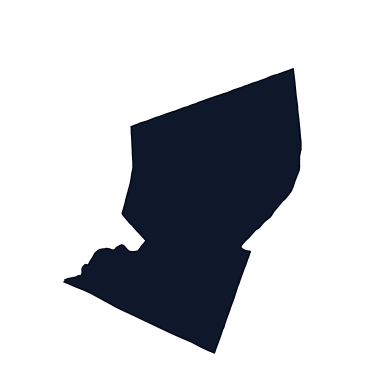 Saphan Sung, Bangkok Metropolis, Thailand, rotated 17°
{"feature_id": "78962969B37896231251268", "entity_name": "Saphan Sung", "entity_type": "district", "adm_level": 2, "iso_a3": "THA", "parent_name": "Thailand", "parent_adm1": "Bangkok Metropolis", "projection": "equal_earth", "projection_center": [100.689, 13.765], "detail": "fine", "context": "isolated", "style": "filled", "palette": "ink", "viewbox_px": 384, "rotation_deg": 17, "n_neighbors": 0, "source": "geoboundaries", "source_scale": "gbopen_adm2", "svg_char_len": 5986}
<svg xmlns="http://www.w3.org/2000/svg" viewBox="0 0 384 384"><g transform="rotate(17 192 192)"><path d="M96.3,313.0L96.6,313.5L96.4,314.5L96.0,315.3L101.9,315.9L109.4,316.7L117.2,317.3L121.6,317.9L124.5,318.3L136.5,320.7L140.0,321.5L147.2,322.9L151.5,323.9L152.6,324.1L157.0,324.8L158.8,325.1L163.2,325.7L165.2,326.0L168.0,326.4L172.5,327.0L175.2,327.4L180.3,328.2L214.4,333.2L236.3,335.7L244.3,337.3L253.1,338.6L260.4,339.3L260.5,337.4L260.5,335.8L260.6,334.1L260.7,332.5L260.8,330.2L261.0,328.2L261.1,325.2L261.2,323.5L261.3,321.9L261.3,320.7L261.4,319.2L261.4,318.3L261.4,316.3L261.4,315.2L261.5,314.2L261.7,313.7L261.9,312.5L261.9,311.8L261.8,308.2L261.9,306.1L261.9,304.1L262.2,299.7L262.2,298.6L262.3,298.3L262.5,293.2L262.5,290.9L262.5,290.5L262.7,288.2L262.8,286.8L262.8,286.1L262.9,285.2L262.9,284.7L263.0,282.4L263.1,280.1L263.1,276.6L263.2,272.2L263.2,271.2L263.1,270.5L263.2,269.6L263.3,267.9L263.5,266.2L263.6,263.3L263.6,261.6L263.8,257.3L264.0,254.0L264.2,249.3L264.5,246.5L264.7,242.3L264.7,241.1L264.8,239.2L265.0,238.0L265.0,237.0L265.0,235.5L265.0,233.5L265.1,232.8L265.3,232.3L265.1,231.9L264.1,231.9L262.8,232.2L261.3,232.3L260.3,232.5L259.6,232.3L259.2,232.2L256.8,231.8L256.4,231.6L255.8,231.2L255.4,231.0L254.5,230.8L254.4,230.7L254.5,230.2L254.8,228.8L255.1,227.8L256.1,225.5L256.4,225.0L256.5,224.6L257.7,222.2L258.8,220.4L260.1,218.0L260.8,216.2L261.6,214.5L262.3,213.0L262.5,212.6L263.2,211.0L264.2,209.3L265.0,208.3L265.7,207.6L266.1,207.1L266.4,206.6L266.7,206.1L267.2,205.3L267.4,204.7L267.6,204.1L268.3,202.5L269.7,199.5L270.4,198.3L270.9,197.6L271.6,196.5L272.2,195.8L272.8,194.9L273.1,194.4L274.1,192.9L274.2,192.6L274.5,191.7L274.9,190.6L275.2,189.1L275.3,188.8L275.6,187.8L276.1,186.3L276.2,186.0L276.3,185.6L276.6,185.0L277.0,184.2L278.7,180.2L279.4,178.6L279.8,177.4L280.0,176.9L280.4,175.9L280.9,174.8L281.3,174.0L282.5,172.2L282.8,171.6L283.3,170.7L283.6,169.8L283.9,169.0L284.0,168.8L285.4,165.3L286.0,163.9L286.5,162.2L286.8,160.1L286.9,158.7L287.1,156.2L287.1,153.7L287.1,152.0L287.7,144.0L287.8,143.6L287.9,142.2L288.0,139.6L287.7,137.9L287.2,136.1L287.1,135.8L287.2,135.7L287.0,135.1L286.4,133.6L286.3,133.3L285.1,129.0L284.6,127.8L284.3,126.5L284.2,125.3L284.1,124.2L283.9,122.8L283.9,122.4L283.8,122.1L283.8,121.6L283.7,120.4L283.8,119.3L283.2,118.2L282.7,116.0L281.4,112.1L279.4,107.4L277.3,102.1L273.6,93.3L272.4,90.4L271.8,89.1L271.1,87.5L270.3,85.7L270.2,85.4L269.2,83.1L268.7,82.0L268.3,80.7L268.1,80.2L267.5,78.6L266.9,77.2L266.2,75.7L265.7,74.7L265.4,74.0L263.3,69.4L261.9,66.1L261.1,64.1L258.0,56.6L252.7,44.7L251.6,45.5L249.0,47.6L248.5,47.9L238.9,55.0L237.1,56.1L235.9,56.8L235.0,57.6L234.1,58.2L233.5,58.6L232.1,59.8L230.5,61.2L229.6,62.1L227.8,63.5L226.4,64.4L224.9,65.6L221.8,67.9L219.6,69.4L219.4,69.5L218.2,70.3L215.1,72.8L212.9,74.4L211.5,75.4L209.6,77.0L208.3,78.0L206.8,78.9L205.9,79.7L204.6,80.5L203.8,81.2L202.5,81.9L202.1,82.3L201.8,82.5L201.6,82.7L200.9,83.3L200.6,83.5L200.2,83.9L199.8,84.3L199.6,84.5L198.2,85.4L198.0,85.8L197.8,86.0L195.8,87.4L193.2,89.1L191.8,90.1L191.0,90.7L189.9,91.6L188.8,92.3L187.2,93.4L184.9,95.1L180.7,98.1L178.3,100.0L177.5,100.6L177.2,100.9L176.9,101.0L175.8,101.8L174.9,102.5L174.5,102.8L173.5,103.5L172.0,104.6L170.9,105.6L170.7,105.8L170.2,106.3L169.6,106.8L169.0,107.1L167.8,107.9L165.6,109.5L163.9,111.0L162.3,112.2L161.3,112.8L160.3,113.4L160.0,113.5L157.0,115.9L155.2,117.3L154.5,118.0L154.0,118.2L153.2,118.9L152.5,119.4L151.9,119.9L149.7,121.3L143.6,125.7L137.9,130.1L137.7,130.2L137.3,130.4L135.6,131.5L127.2,138.2L127.0,138.3L125.2,139.4L123.4,140.5L122.0,141.6L120.5,142.9L117.6,145.1L115.8,146.5L114.7,147.4L115.1,148.2L115.3,148.6L116.1,151.1L116.6,152.5L116.9,153.7L117.8,155.6L118.5,157.6L119.9,161.4L121.2,165.2L122.2,167.8L122.8,169.5L123.6,172.0L126.9,180.8L128.1,184.7L128.6,186.2L128.6,186.6L128.9,188.3L129.1,191.5L129.6,194.7L129.8,195.9L129.9,196.8L130.1,197.8L130.2,198.1L130.2,198.5L130.2,199.1L130.2,199.4L130.2,199.8L130.3,200.0L130.4,200.3L130.5,201.3L130.6,204.4L130.6,204.6L130.7,208.4L130.7,208.9L130.7,209.3L130.8,209.7L130.8,210.1L130.9,210.4L130.8,211.0L130.8,211.5L130.8,212.4L130.9,213.1L130.9,213.5L130.9,215.7L131.0,217.1L131.0,218.5L131.1,219.4L131.3,221.0L131.4,226.0L131.5,228.1L131.5,230.4L131.5,232.2L131.5,232.5L131.7,232.9L131.9,233.3L132.1,233.5L133.7,234.8L136.1,236.3L139.1,238.2L140.2,239.0L140.8,239.4L141.1,239.6L141.5,239.8L142.2,240.2L142.9,240.6L144.2,241.1L145.2,241.7L146.9,242.8L149.2,244.2L149.8,244.6L151.5,245.6L153.9,246.9L155.9,248.1L156.2,248.3L157.2,248.9L157.9,249.2L158.5,249.6L159.5,250.2L160.6,250.9L161.9,251.5L162.2,251.6L161.8,253.5L161.3,254.7L160.5,256.5L159.8,257.9L159.4,259.2L159.2,260.2L158.4,262.2L158.0,263.4L157.5,264.1L157.1,264.5L156.0,265.2L155.0,265.6L154.1,266.1L153.0,266.5L152.4,266.7L151.9,266.7L151.7,266.7L151.5,266.8L151.1,267.0L150.7,267.0L149.3,267.1L148.7,266.9L147.1,266.2L146.4,265.8L145.1,265.0L143.8,264.2L143.3,263.9L142.5,263.5L142.0,263.2L141.5,263.1L141.3,263.1L141.0,263.1L140.7,263.1L140.1,263.3L139.5,263.7L138.9,264.2L138.7,264.4L138.5,264.7L136.8,266.5L136.1,267.4L136.0,267.6L135.8,267.7L135.7,268.3L135.4,269.1L134.8,269.9L134.3,270.3L133.6,270.7L133.3,270.7L132.8,270.8L132.3,270.8L130.4,270.7L129.0,270.7L127.6,270.9L126.4,271.1L125.8,271.6L125.6,271.8L124.9,272.1L123.6,272.6L120.8,274.0L120.4,274.2L120.1,274.5L119.3,275.5L119.1,275.8L118.5,276.9L118.0,277.6L117.5,278.3L117.2,279.0L117.0,279.5L116.7,281.1L116.4,282.8L116.1,283.9L115.6,285.9L115.0,287.8L114.8,288.6L114.6,290.2L114.5,290.5L114.4,291.1L114.3,291.4L113.9,292.0L113.4,292.3L113.1,292.5L111.5,292.5L111.2,292.7L111.1,292.8L110.7,293.3L109.6,295.5L109.4,295.9L109.3,296.5L109.4,297.3L109.4,297.9L109.6,298.5L109.9,299.3L110.2,300.2L110.5,301.0L110.7,302.0L110.4,304.7L110.2,304.8L109.7,304.8L108.9,304.9L108.5,305.1L108.1,305.3L107.8,305.5L107.4,305.8L106.9,306.3L106.5,306.8L105.4,307.6L104.8,308.0L103.3,308.8L98.5,311.3L96.9,312.7L96.3,313.0Z" fill="#0f172a" stroke="#020617" stroke-width="1.5"/></g></svg>